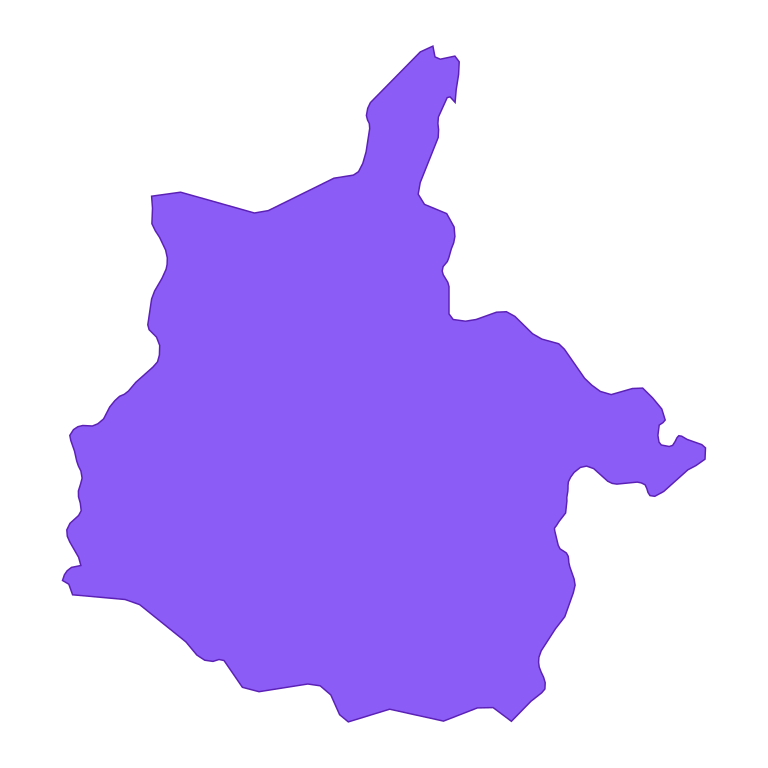 SVG path tracing the border of Ardennes
{"feature_id": "FRA-5268", "entity_name": "Ardennes", "entity_type": "Metropolitan department", "adm_level": 1, "iso_a3": "FRA", "parent_name": "France", "parent_adm1": "", "projection": "albers", "projection_center": [4.734, 49.698], "detail": "fine", "context": "isolated", "style": "filled", "palette": "violet", "viewbox_px": 768, "rotation_deg": 0, "n_neighbors": 0, "source": "natural_earth", "source_scale": "10m", "svg_char_len": 2611}
<svg xmlns="http://www.w3.org/2000/svg" viewBox="0 0 768 768"><path d="M432.9,46.1L435.0,56.9L440.3,59.2L454.9,56.1L459.2,61.8L458.6,74.5L456.2,89.6L455.1,102.4L450.1,96.9L447.2,97.6L438.4,117.0L437.9,123.6L438.6,129.7L438.2,137.5L420.2,182.6L418.2,194.2L424.5,204.4L446.7,213.6L454.1,227.0L454.9,236.5L453.7,242.8L451.3,248.9L448.8,257.8L447.3,261.6L443.1,266.6L442.2,271.0L443.2,274.7L447.8,282.3L449.0,286.6L449.0,313.9L453.2,319.5L465.5,321.2L476.1,319.5L496.5,312.2L505.1,311.8L506.4,311.7L514.9,316.4L532.5,333.7L541.9,339.1L558.8,343.8L564.4,349.2L584.6,378.3L591.7,385.1L600.3,391.4L611.2,394.6L632.5,388.5L642.7,388.1L652.6,397.9L661.8,409.0L665.2,420.0L663.0,422.6L659.2,425.1L657.9,435.4L659.0,442.1L661.3,445.0L669.2,446.5L672.6,445.4L675.0,441.7L677.0,437.7L678.8,435.7L681.7,436.2L687.1,439.4L701.8,444.6L705.5,447.9L705.0,459.2L695.9,465.6L687.9,469.8L663.7,491.5L654.8,496.3L650.0,495.6L648.0,492.5L646.8,488.5L645.1,484.8L641.3,482.9L637.2,482.1L616.9,484.1L612.2,483.4L607.7,481.2L593.7,468.6L586.6,466.1L580.4,467.4L574.1,472.4L570.6,477.2L568.4,481.8L568.0,485.5L568.0,488.5L567.8,491.4L566.8,497.4L566.9,501.1L565.6,513.0L559.1,521.4L556.3,525.8L554.6,527.9L554.5,529.0L554.8,531.1L558.2,545.2L560.0,548.8L566.4,553.0L568.2,556.3L568.6,559.1L568.8,562.4L569.8,566.8L574.1,579.0L575.1,585.2L573.3,592.8L564.8,616.7L555.5,628.7L541.2,650.8L538.9,657.3L538.6,662.3L539.2,667.0L541.1,672.0L543.6,677.3L545.2,682.7L544.9,689.0L541.7,692.8L530.9,701.3L511.4,721.3L493.1,707.6L477.4,707.9L443.5,721.1L389.6,709.2L348.3,721.9L339.6,714.7L330.8,694.9L320.2,685.8L307.8,684.0L259.0,691.7L242.4,687.3L224.0,660.5L219.0,659.5L213.0,661.4L204.7,660.2L196.9,655.1L185.9,641.9L139.6,604.6L125.1,599.5L72.6,594.8L68.8,584.2L62.5,580.5L64.4,574.8L67.2,570.7L71.5,567.4L80.9,565.5L78.6,557.3L69.8,542.0L67.3,536.3L66.8,529.9L70.0,523.3L78.6,515.5L81.2,510.7L80.3,503.1L78.5,496.8L78.4,490.9L80.6,483.9L82.1,478.1L80.9,471.0L78.4,466.0L76.7,461.0L74.5,451.1L70.8,440.5L69.8,435.4L73.5,429.6L77.9,426.7L82.8,425.5L92.4,426.0L97.8,423.8L103.6,418.9L109.7,407.0L114.8,400.7L119.6,396.3L124.3,394.3L128.5,391.0L135.8,382.3L152.9,367.1L157.5,361.9L159.4,355.1L159.7,345.4L156.5,337.1L149.1,329.7L147.8,324.8L151.6,299.0L154.6,291.0L162.0,278.3L166.1,269.2L167.1,264.5L167.3,257.8L165.6,250.0L159.6,237.4L155.3,230.8L151.9,223.7L152.5,208.2L151.6,196.2L180.6,192.2L250.9,212.0L254.4,213.0L268.3,210.6L333.9,178.2L353.4,175.1L358.5,171.7L362.8,163.4L366.1,151.8L369.7,128.5L369.3,123.5L367.5,119.9L366.4,115.5L367.7,108.3L370.4,102.6L420.3,51.9L432.9,46.1Z" fill="#8b5cf6" stroke="#5b21b6" stroke-width="1.5"/></svg>